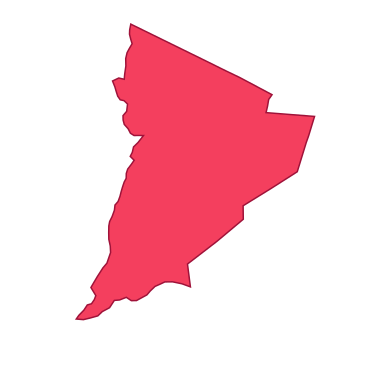 the district of Novo Lino, Alagoas, Brazil, rotated 193°
{"feature_id": "56859067B37375587715477", "entity_name": "Novo Lino", "entity_type": "district", "adm_level": 2, "iso_a3": "BRA", "parent_name": "Brazil", "parent_adm1": "Alagoas", "projection": "robinson", "projection_center": [-35.6, -8.946], "detail": "fine", "context": "isolated", "style": "filled", "palette": "rose", "viewbox_px": 384, "rotation_deg": 193, "n_neighbors": 0, "source": "geoboundaries", "source_scale": "gbopen_adm2", "svg_char_len": 1327}
<svg xmlns="http://www.w3.org/2000/svg" viewBox="0 0 384 384"><g transform="rotate(193 192 192)"><path d="M262.9,46.3L255.9,50.1L252.5,55.3L246.3,60.7L243.3,68.9L238.3,70.5L232.3,74.6L226.7,72.5L221.7,73.7L212.8,81.6L210.4,86.2L206.8,91.7L202.0,95.3L198.2,98.3L190.7,100.1L181.1,100.3L172.2,99.2L180.2,120.8L156.8,149.3L135.9,177.0L139.1,190.1L115.5,213.5L94.0,235.4L91.8,266.0L91.0,273.0L89.6,293.2L137.7,286.0L137.7,292.6L138.1,299.4L135.9,304.8L170.9,314.2L186.0,317.6L192.8,319.2L207.5,322.7L289.4,341.8L289.2,335.9L288.4,331.7L285.9,326.8L283.7,323.0L285.5,317.2L286.6,313.1L286.6,307.0L284.8,300.0L284.1,291.7L283.4,286.6L289.0,286.6L294.4,282.3L290.8,277.1L288.4,272.8L285.9,268.6L282.7,265.7L278.7,265.7L274.6,263.2L273.8,255.9L276.4,250.9L275.3,246.6L273.2,242.6L268.5,239.3L265.2,235.4L261.2,234.0L257.1,235.0L252.0,236.1L255.7,228.1L259.1,222.8L259.1,217.2L260.2,212.8L255.5,209.9L257.3,205.4L259.8,199.9L260.2,195.3L259.2,190.5L260.3,186.5L260.8,181.4L261.1,176.4L261.2,171.5L261.9,166.1L264.1,162.0L263.5,156.8L264.3,150.2L265.6,144.7L265.4,140.2L264.0,133.6L262.4,127.2L259.5,121.0L257.7,114.7L258.9,103.5L261.7,98.1L265.2,88.3L267.4,81.4L269.0,76.2L262.4,69.4L263.0,65.1L264.8,60.5L268.6,58.4L270.8,52.5L274.5,46.4L276.2,42.2L269.1,43.2L262.9,46.3Z" fill="#f43f5e" stroke="#9f1239" stroke-width="1.5"/></g></svg>